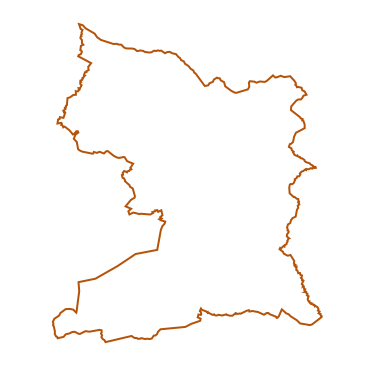 the district of Chai Badan, Lop Buri, Thailand, rotated 95°
{"feature_id": "78962969B13001003054051", "entity_name": "Chai Badan", "entity_type": "district", "adm_level": 2, "iso_a3": "THA", "parent_name": "Thailand", "parent_adm1": "Lop Buri", "projection": "robinson", "projection_center": [101.171, 15.202], "detail": "fine", "context": "isolated", "style": "outline", "palette": "amber", "viewbox_px": 384, "rotation_deg": 95, "n_neighbors": 0, "source": "geoboundaries", "source_scale": "gbopen_adm2", "svg_char_len": 5853}
<svg xmlns="http://www.w3.org/2000/svg" viewBox="0 0 384 384"><g transform="rotate(95 192 192)"><path d="M305.5,52.2L305.0,52.5L304.4,52.0L302.9,53.6L302.3,53.4L301.8,55.3L300.0,54.5L299.1,56.3L297.9,55.7L296.0,56.7L294.6,59.2L295.1,59.7L293.9,60.3L293.9,61.3L293.3,61.5L293.1,63.6L292.4,63.5L292.6,64.3L292.0,65.1L291.3,65.7L290.7,65.4L290.4,66.5L288.9,67.4L287.1,67.1L286.7,67.9L286.7,67.3L285.7,66.8L284.9,68.5L283.5,68.0L282.4,69.6L281.6,69.6L281.7,70.8L281.2,70.1L280.0,71.5L279.0,70.8L278.5,72.0L276.2,72.4L275.7,73.2L276.1,73.5L275.0,73.5L274.1,74.6L269.9,72.9L270.8,73.9L270.4,74.7L269.2,74.7L268.0,76.0L267.3,75.3L265.5,75.2L264.9,77.0L263.3,77.4L263.6,79.1L261.2,80.1L260.6,81.3L257.4,81.3L257.8,82.1L256.9,82.5L256.6,83.5L255.7,83.6L255.4,82.9L254.6,84.2L251.9,84.1L246.2,88.4L247.1,91.1L246.5,92.7L245.4,95.2L243.6,96.2L241.4,99.8L240.0,99.3L240.5,98.4L237.8,96.1L238.3,95.1L236.7,94.9L235.8,93.3L234.2,93.2L233.0,92.4L232.2,92.8L230.3,91.8L229.3,92.2L229.3,91.8L227.9,93.7L226.1,93.7L223.5,92.2L222.6,92.4L222.0,93.5L220.8,93.3L219.3,94.2L216.0,93.6L214.3,91.4L211.4,90.9L209.2,89.5L207.5,86.6L200.6,85.9L198.4,84.8L196.4,85.5L195.0,84.0L193.4,85.1L193.3,84.6L192.1,84.6L191.8,85.2L189.7,85.5L189.6,87.0L188.0,89.4L188.1,90.3L184.8,94.6L179.3,95.5L176.2,95.2L175.5,94.6L175.4,92.9L174.5,91.6L171.2,90.4L170.3,90.8L169.0,89.0L167.2,88.4L167.0,86.6L165.1,85.6L164.1,86.2L162.0,84.5L161.5,83.0L159.9,81.4L160.2,80.3L159.2,80.3L159.2,77.8L157.9,75.6L158.3,74.4L157.8,74.1L157.1,70.8L156.2,71.2L156.4,72.3L155.7,73.9L155.2,73.9L154.1,76.5L153.3,77.0L152.2,81.3L151.4,82.4L150.4,82.7L149.0,84.9L148.8,86.9L147.8,87.5L147.5,89.2L146.4,90.2L146.9,90.7L146.1,93.1L143.8,94.7L143.1,94.2L141.7,96.2L139.9,96.7L138.7,99.4L135.8,98.7L135.1,97.2L133.3,95.7L128.0,95.1L123.9,93.6L118.6,85.3L114.8,85.7L111.1,87.4L111.1,88.4L109.6,88.3L109.3,89.9L107.8,91.3L101.8,100.5L98.1,100.6L91.9,96.1L90.6,94.3L90.3,91.7L88.9,90.4L86.4,89.4L85.1,86.4L81.9,88.7L81.1,91.0L78.6,91.9L78.1,95.3L78.5,96.6L76.2,97.8L76.2,98.3L74.6,98.0L72.4,99.6L68.1,104.3L69.5,110.1L68.5,113.7L70.6,118.1L70.6,119.1L68.8,121.5L75.1,127.5L76.0,129.2L76.0,134.1L77.5,137.3L76.6,139.8L76.6,144.1L78.1,144.8L82.2,144.1L84.9,145.3L89.3,156.3L89.3,158.2L87.6,162.0L83.8,168.1L79.8,169.6L78.3,173.1L76.3,174.3L76.4,176.2L75.9,177.1L78.1,180.0L80.4,180.8L82.2,184.1L84.3,185.1L85.3,188.5L73.9,198.5L72.7,200.3L70.8,201.3L69.3,204.2L66.8,206.5L64.8,210.2L62.7,211.4L61.5,214.4L59.4,215.8L58.8,217.2L56.1,219.9L55.4,224.1L54.3,226.5L54.9,229.2L56.1,231.0L53.8,235.1L54.2,236.5L53.9,238.3L54.7,240.0L54.5,242.1L56.3,244.5L56.8,246.5L56.6,251.1L55.7,253.0L55.5,255.6L56.4,259.0L54.6,261.7L54.3,263.6L54.7,270.3L53.9,272.4L51.4,275.3L51.5,278.3L50.9,279.7L51.4,283.1L48.5,295.8L46.2,299.9L42.7,302.8L38.3,312.1L35.3,315.5L34.6,319.2L39.3,317.1L40.0,315.2L42.8,316.0L44.1,315.4L45.0,316.1L46.4,315.7L46.6,316.4L48.4,316.6L50.2,314.9L53.4,314.6L54.8,313.1L56.1,315.4L60.5,315.6L60.9,314.5L62.1,313.9L64.3,314.7L65.5,316.8L66.7,317.2L72.4,303.7L76.4,306.3L79.6,305.6L80.8,307.7L81.8,307.6L82.0,309.0L84.8,309.8L85.3,309.0L85.6,309.6L86.3,309.4L88.1,311.1L88.4,310.6L89.9,311.2L90.7,312.8L92.0,312.1L92.2,312.9L94.2,312.7L95.2,311.3L98.6,312.7L98.5,313.8L99.6,313.1L99.8,313.8L100.4,313.5L101.7,314.4L101.8,316.1L102.5,315.6L102.0,316.5L105.2,316.1L105.8,318.9L108.3,321.7L109.3,324.2L116.4,324.2L117.0,325.0L118.7,325.0L119.0,325.9L120.4,325.3L120.9,326.3L122.5,326.5L122.5,327.1L123.7,326.5L123.3,325.8L123.9,325.2L129.3,326.5L129.0,330.1L130.7,330.2L131.4,331.7L135.5,332.0L134.5,328.1L135.6,327.5L136.6,328.1L137.2,326.6L138.8,325.9L138.0,324.7L138.2,324.1L141.2,319.5L145.1,315.6L144.2,314.3L141.6,312.6L141.4,311.1L142.7,310.4L145.0,313.1L149.3,314.4L152.3,311.1L159.2,309.2L160.2,307.9L161.3,305.1L162.5,294.7L162.3,293.8L160.7,293.3L161.3,290.1L160.0,287.6L161.3,283.1L158.9,281.0L158.6,279.4L162.9,272.9L164.2,269.7L164.4,267.5L163.1,263.2L163.3,262.1L166.9,259.4L168.9,253.1L173.4,255.5L174.7,254.4L175.4,255.9L176.4,256.3L177.1,258.2L178.0,258.4L177.0,261.4L179.0,262.7L180.8,262.2L181.2,263.3L183.9,262.4L184.1,261.3L186.1,259.7L187.1,259.7L190.7,254.8L192.1,254.3L193.7,251.3L201.1,248.5L202.7,248.7L205.2,252.2L212.1,256.9L214.0,251.2L216.7,253.7L219.8,252.4L217.6,248.6L218.6,242.3L218.1,240.9L218.1,231.7L216.4,229.0L215.4,229.7L214.4,226.9L213.6,227.1L213.1,224.9L214.7,224.0L212.9,221.0L217.7,219.4L219.8,221.5L220.9,220.0L222.0,222.2L222.8,220.8L223.8,216.1L225.9,216.5L228.7,218.6L232.5,219.7L252.7,221.6L258.7,242.8L272.3,259.7L286.8,280.7L291.7,297.2L300.6,295.7L321.5,296.6L322.3,296.8L319.5,300.1L319.1,303.7L319.7,307.7L324.1,312.6L326.6,313.5L330.3,318.1L333.5,319.3L335.5,318.5L336.8,318.9L338.0,317.9L343.0,316.4L345.5,316.3L347.7,314.8L348.0,313.7L349.4,313.1L347.5,307.3L344.7,305.3L343.6,301.8L341.9,299.1L341.5,296.6L343.2,292.4L343.1,291.2L339.9,286.0L340.1,282.0L337.4,272.0L337.6,270.1L339.6,269.7L340.9,270.3L342.6,269.1L344.4,269.6L346.1,268.3L347.4,266.1L349.1,265.1L340.7,239.7L342.4,236.6L342.3,234.2L343.0,233.2L342.6,230.5L342.0,229.9L342.6,225.7L342.0,224.0L342.2,221.4L341.5,219.3L338.4,217.6L338.3,216.3L336.8,214.5L334.2,213.7L331.5,211.4L327.0,186.9L323.3,181.0L319.6,172.6L317.4,172.4L316.4,175.4L313.5,174.9L313.7,172.5L312.8,172.1L310.7,172.8L310.0,173.8L307.3,172.9L308.6,171.8L309.6,167.7L310.3,166.8L310.0,165.9L311.2,165.6L311.0,164.8L312.6,160.8L312.0,159.4L312.6,159.1L312.9,157.4L312.7,155.9L312.0,155.0L312.4,151.3L310.9,147.2L311.3,147.0L311.9,143.6L311.7,140.9L309.5,138.6L309.7,137.9L308.9,137.8L309.5,135.6L308.8,133.8L309.0,132.9L305.5,127.1L304.8,125.0L306.1,124.4L305.3,121.5L305.8,115.8L308.0,109.6L306.0,106.9L305.9,105.4L306.9,104.1L309.0,97.2L310.0,96.8L309.9,95.9L308.1,94.6L301.1,92.3L304.7,87.5L305.3,85.2L307.2,82.9L310.6,76.4L313.5,72.9L314.3,63.0L313.5,60.9L305.5,52.2Z" fill="none" stroke="#b45309" stroke-width="2"/></g></svg>